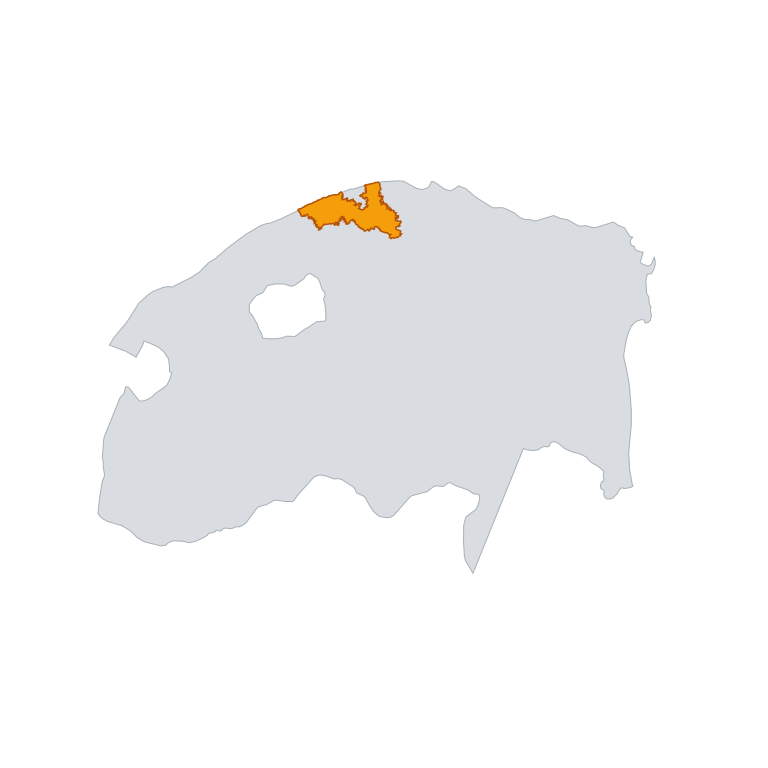 Amathole, Eastern Cape, South Africa shown in context, rotated 202°
{"feature_id": "47623444B36505680523289", "entity_name": "Amathole", "entity_type": "district", "adm_level": 2, "iso_a3": "ZAF", "parent_name": "South Africa", "parent_adm1": "Eastern Cape", "projection": "mercator", "projection_center": [27.79, -32.642], "detail": "fine", "context": "in_parent", "style": "filled", "palette": "amber", "viewbox_px": 768, "rotation_deg": 202, "n_neighbors": 0, "source": "geoboundaries", "source_scale": "gbopen_adm2", "svg_char_len": 9822}
<svg xmlns="http://www.w3.org/2000/svg" viewBox="0 0 768 768"><g transform="rotate(202 384 384)"><path d="M530.1,150.3L547.6,147.9L555.4,149.2L564.8,153.0L573.7,154.4L588.6,153.0L593.7,153.6L597.8,154.9L600.7,156.9L605.1,172.0L608.7,188.1L608.7,193.3L609.2,195.4L613.4,202.2L615.0,206.5L617.5,210.0L623.0,227.4L623.6,230.4L623.6,272.7L621.5,277.9L622.4,284.6L619.9,285.4L604.9,276.9L602.3,277.2L598.1,280.4L594.2,285.4L592.4,289.7L584.9,301.2L584.4,308.5L585.0,314.8L587.5,315.1L589.3,319.6L593.4,326.8L600.3,331.5L606.7,333.6L615.6,334.1L622.7,333.9L622.3,329.1L623.9,316.0L635.6,317.6L653.1,317.2L651.9,325.6L645.6,345.1L641.6,367.0L636.3,378.1L633.4,382.7L625.0,390.8L620.5,393.6L616.8,394.5L602.3,411.0L596.9,419.0L592.1,430.7L587.3,437.2L580.3,450.9L568.0,471.3L557.6,484.8L553.0,488.7L549.9,490.5L541.7,498.3L530.0,511.0L521.1,522.2L507.8,535.0L500.1,540.7L488.6,551.8L485.3,553.4L472.3,563.8L462.9,570.1L447.7,577.4L441.7,579.4L427.3,577.5L421.3,578.6L416.3,583.0L415.8,589.4L413.7,590.3L400.5,587.4L395.0,587.9L391.8,591.3L389.2,595.6L381.7,595.8L368.2,591.4L352.3,588.6L348.6,588.3L340.9,591.6L338.2,592.1L327.0,591.4L320.8,589.3L314.8,589.3L310.3,591.1L304.7,591.7L289.8,603.7L282.1,603.7L275.4,605.1L263.6,603.5L260.1,604.2L256.6,606.3L248.6,607.3L245.5,609.1L231.9,620.1L226.3,618.9L219.3,618.8L211.3,612.9L208.3,613.3L209.1,611.5L209.3,608.4L206.5,605.2L203.4,605.4L201.7,602.8L196.9,602.5L193.0,603.3L192.2,593.2L190.4,592.2L185.6,592.0L183.2,592.3L182.1,593.2L180.9,595.6L180.9,602.7L179.2,600.6L177.3,596.4L176.7,591.9L177.4,586.5L181.0,584.5L179.9,577.8L174.3,566.2L170.9,563.7L168.2,557.8L165.5,555.6L164.4,551.5L161.8,548.2L160.9,542.9L162.3,539.9L164.6,538.3L166.9,540.9L169.8,539.9L174.0,536.1L176.4,530.4L176.6,521.3L175.9,515.6L172.7,500.9L171.1,497.6L163.7,487.1L155.2,473.2L144.4,451.3L139.2,438.2L131.4,412.0L124.5,397.2L116.0,383.5L114.9,382.6L116.2,380.9L120.8,377.7L122.9,376.9L123.9,377.3L125.0,376.4L126.1,374.3L126.8,369.4L128.9,364.3L130.8,362.2L134.9,360.8L137.9,362.6L139.2,364.5L139.7,367.0L141.1,368.2L143.2,368.1L144.8,369.6L145.6,372.7L145.5,375.0L144.2,376.4L144.4,378.2L146.0,380.5L147.7,385.6L155.9,388.2L160.6,388.5L165.0,389.8L169.1,392.0L175.9,392.6L185.4,391.4L193.2,392.0L199.3,394.2L203.8,394.6L206.5,393.2L207.7,391.2L207.4,388.5L208.7,386.9L211.8,386.2L214.3,384.2L216.2,381.0L220.5,378.3L227.2,376.3L230.6,376.4L230.6,241.8L242.5,250.9L245.3,255.2L251.2,267.6L257.2,283.0L258.2,290.5L257.9,292.1L251.7,302.3L251.5,307.3L252.2,313.2L253.7,316.2L255.4,317.1L259.7,315.7L266.3,317.2L278.9,316.6L285.1,317.3L286.7,316.9L288.1,315.6L289.8,312.1L291.2,310.9L297.1,309.3L299.7,307.3L303.8,300.3L316.3,290.9L317.7,288.7L325.5,266.4L327.8,263.2L331.3,261.1L338.1,259.5L342.2,260.4L346.5,262.3L351.4,265.5L358.7,271.6L361.2,272.5L368.5,272.8L373.0,276.8L386.7,279.5L390.6,279.3L394.9,277.2L401.9,277.2L409.4,275.7L414.0,271.8L422.8,247.5L423.8,242.2L424.8,240.7L431.9,238.0L440.6,235.9L442.4,234.8L447.9,228.1L455.0,222.5L460.0,203.3L463.2,198.8L465.2,196.9L466.5,196.8L468.3,195.6L470.6,193.3L473.4,191.8L476.7,191.3L478.8,189.7L479.8,187.2L481.5,185.9L483.8,186.0L485.2,185.2L485.5,183.5L490.9,179.4L491.0,177.7L494.0,173.7L500.0,167.3L505.6,163.7L510.9,163.0L520.6,159.7L524.1,156.7L526.3,152.6L530.1,150.3ZM513.9,439.3L522.6,435.9L529.1,431.4L530.5,423.2L535.5,418.1L537.3,413.4L538.6,407.0L535.7,400.2L531.7,398.2L524.3,392.4L521.1,388.5L516.7,385.2L513.6,381.2L508.6,382.5L500.7,385.7L495.9,388.6L491.8,392.1L484.5,394.6L477.6,405.7L475.4,408.2L470.0,416.3L462.2,420.3L462.1,421.8L464.6,428.4L468.2,435.0L472.0,440.5L471.8,443.8L473.1,446.4L476.5,448.2L482.2,455.0L485.0,457.2L493.7,458.8L495.0,458.4L497.3,454.4L497.7,451.5L503.4,442.7L506.0,440.0L513.9,439.3Z" fill="#d9dde1" stroke="#a8b0b8" stroke-width="1"/><path d="M504.6,504.2L503.8,504.2L503.8,504.6L503.3,505.0L502.6,503.4L502.3,503.8L502.3,503.2L501.8,503.2L502.0,502.6L501.3,503.0L500.8,504.6L501.0,505.5L500.5,505.4L500.8,505.8L499.5,509.6L498.7,508.8L499.0,509.6L495.3,511.5L494.6,512.4L493.1,512.4L491.5,514.0L489.3,512.8L489.1,513.0L489.4,513.1L489.2,513.6L488.7,513.8L489.7,515.6L489.4,515.8L488.3,515.9L487.5,515.4L487.9,515.2L487.7,514.5L486.9,513.9L486.0,514.0L486.3,514.8L485.7,514.9L486.1,515.5L485.9,516.0L487.1,516.5L487.4,516.3L487.5,516.7L487.2,517.2L486.6,517.2L487.0,517.9L486.2,519.2L486.5,519.6L485.2,519.1L485.2,519.5L486.1,520.4L485.4,521.1L486.1,521.4L485.4,521.7L485.4,522.8L486.0,522.9L485.2,523.7L484.8,522.8L484.5,523.5L483.6,523.6L483.3,522.1L483.8,521.7L483.4,521.1L482.8,522.6L482.4,522.4L482.7,521.1L481.5,521.8L481.4,520.0L481.0,520.5L480.0,520.5L480.0,519.1L479.1,518.2L478.8,518.9L478.1,518.5L477.4,518.7L477.6,519.9L477.0,519.8L476.3,520.6L476.5,522.7L475.5,523.8L474.8,523.8L475.2,524.3L474.8,524.7L473.9,523.9L473.8,524.6L472.4,524.4L472.5,524.0L471.8,522.9L471.4,523.2L471.3,522.9L471.0,523.0L470.8,522.5L469.4,521.3L468.4,521.8L467.1,521.1L466.9,520.5L466.4,520.6L466.3,519.9L464.3,520.1L464.4,519.7L463.4,519.4L462.1,520.0L462.0,519.3L460.7,519.5L459.2,518.3L457.9,520.1L457.1,520.6L456.9,521.4L456.1,521.3L455.5,520.4L455.2,520.4L455.5,521.2L454.9,521.3L454.8,522.0L454.2,522.3L454.2,522.8L454.8,523.4L454.2,523.8L452.0,523.9L451.7,523.5L450.9,524.0L451.7,526.0L450.7,527.0L449.6,526.9L449.3,527.4L446.6,525.8L446.2,526.4L445.3,525.8L445.1,524.8L444.5,524.6L442.6,524.8L441.6,524.5L440.9,524.9L439.8,524.7L437.8,525.4L435.3,524.5L433.7,525.1L434.3,523.7L433.9,521.9L432.3,521.4L431.9,521.5L431.6,522.4L430.3,523.1L429.3,522.9L427.5,524.6L426.0,524.9L425.7,526.6L424.3,527.6L424.6,528.6L424.0,529.7L425.5,529.3L425.7,531.7L426.3,532.2L428.5,532.0L428.6,531.8L430.3,532.0L431.6,533.3L431.8,533.9L430.1,535.6L429.2,535.4L429.2,536.2L428.5,536.8L429.7,537.4L428.7,540.5L429.8,541.4L430.8,540.5L433.5,540.4L434.4,539.9L434.5,540.7L435.5,541.6L435.7,542.5L433.8,542.3L433.1,543.6L433.2,544.0L433.5,543.6L433.6,544.6L434.2,543.8L434.5,544.3L435.0,544.1L434.8,544.9L435.4,544.6L436.2,545.4L436.2,545.0L436.6,545.0L437.0,545.7L436.6,547.2L439.4,547.1L439.5,548.2L440.3,548.6L442.1,547.5L442.5,548.3L443.0,547.8L443.1,548.6L443.5,549.0L443.9,548.8L443.9,547.7L444.4,547.4L444.8,548.2L444.7,549.4L445.4,548.8L446.4,549.2L446.9,548.0L447.1,549.3L446.8,550.3L448.1,549.6L448.2,550.6L448.6,550.9L448.5,551.6L449.0,551.6L449.5,550.8L450.2,551.9L451.0,551.2L451.8,551.8L452.2,550.8L453.1,551.0L453.3,549.5L453.8,549.3L453.7,551.5L452.9,552.7L453.1,553.1L454.3,551.1L454.7,551.2L454.8,552.3L455.1,552.8L455.6,552.6L455.7,551.6L456.0,551.5L456.4,552.6L455.6,554.6L455.3,554.8L455.0,554.4L454.5,554.7L455.1,555.7L455.1,556.5L456.0,556.8L455.1,557.3L455.2,557.6L456.2,557.6L456.5,556.3L457.0,556.4L457.0,557.3L457.4,557.6L458.0,557.3L457.8,557.1L457.9,556.1L459.1,556.4L458.8,556.6L459.0,557.2L459.7,558.3L459.0,558.9L459.9,558.8L460.7,559.5L460.5,560.0L459.8,559.6L459.4,560.0L460.0,560.3L460.5,561.2L460.5,562.2L459.8,563.1L459.9,563.6L461.8,565.8L462.9,568.1L465.0,569.1L465.5,568.4L467.4,567.7L468.3,566.6L476.1,561.3L476.5,560.7L476.1,560.3L475.8,560.8L475.4,560.7L474.6,559.1L473.9,558.8L474.5,557.5L472.7,556.9L472.8,556.1L473.2,555.8L472.5,555.6L472.1,554.9L472.6,554.6L472.7,554.0L474.9,553.2L474.7,552.0L476.2,550.9L476.1,550.7L476.9,549.5L474.8,549.3L474.1,549.9L473.5,548.8L471.6,548.2L470.8,548.5L471.0,549.8L470.5,549.9L470.6,550.4L469.9,550.6L469.4,549.5L468.2,549.2L468.3,548.7L467.9,548.4L468.2,548.3L468.9,547.0L469.6,546.9L468.1,546.6L468.0,545.6L467.6,545.6L468.0,543.9L467.5,544.0L467.1,543.6L466.2,543.5L465.9,543.5L465.5,543.4L466.2,542.5L465.9,542.3L465.9,542.2L466.2,542.4L466.6,541.8L467.4,541.6L467.3,540.5L468.3,540.1L467.9,538.7L468.9,537.6L469.8,537.4L470.0,537.0L473.1,537.2L472.5,538.0L472.9,539.0L473.6,539.4L473.2,539.5L472.5,542.0L472.6,542.7L473.0,542.9L473.3,542.6L473.0,541.9L474.2,541.7L475.1,542.4L475.3,541.2L476.4,540.3L477.2,538.6L478.5,539.0L477.4,539.8L477.9,541.6L478.6,541.9L479.1,541.7L479.6,542.4L480.3,542.3L480.1,542.6L480.4,542.7L480.6,542.5L481.0,542.8L480.9,542.3L481.6,542.3L481.9,543.5L482.2,543.0L482.4,543.2L483.8,542.2L484.0,541.9L483.5,541.0L485.4,541.0L486.2,540.3L486.0,539.9L486.4,539.8L486.7,540.5L487.1,540.4L486.9,541.1L487.6,541.2L487.3,541.8L487.5,542.5L488.1,542.0L488.0,541.6L488.4,542.0L488.7,541.3L489.3,541.3L489.8,540.2L491.5,539.5L491.4,540.0L491.8,540.1L492.1,541.4L492.7,541.6L492.7,540.8L493.1,541.5L492.4,542.3L493.3,542.5L493.5,542.9L493.4,543.4L492.8,544.0L493.9,545.1L495.3,545.5L495.3,545.9L495.6,546.1L496.4,545.3L497.1,543.9L496.9,543.1L497.7,542.2L501.9,540.3L504.4,538.3L505.3,538.2L505.4,537.6L507.3,535.3L509.8,534.3L510.4,533.4L511.2,533.0L511.3,532.2L512.2,531.1L512.8,530.8L513.0,530.2L514.4,529.6L514.7,528.6L516.9,526.4L517.5,526.2L517.7,525.3L518.8,524.1L519.8,523.6L520.3,522.7L522.1,521.7L522.5,520.3L523.2,520.2L523.4,519.6L524.0,519.3L524.2,518.5L525.7,517.1L526.5,515.5L528.1,514.6L528.4,513.9L528.8,513.9L528.9,512.9L528.1,512.7L528.0,512.2L527.1,512.4L526.7,511.4L526.3,511.4L525.2,510.3L524.8,510.4L524.4,509.5L523.4,508.7L522.2,509.1L522.0,509.5L521.5,509.3L520.9,510.0L521.0,510.3L520.4,510.3L520.2,510.7L520.6,510.9L520.3,510.7L520.2,511.3L520.1,510.9L520.0,511.1L519.5,510.8L519.5,511.4L518.9,511.3L519.4,511.6L518.7,512.6L517.7,512.2L517.1,511.2L515.8,510.7L516.2,510.3L515.8,510.3L516.0,509.3L515.4,509.2L514.8,509.5L514.8,510.0L515.3,510.1L514.6,510.6L515.3,510.8L514.2,511.8L512.8,511.3L512.9,511.0L513.7,510.8L512.9,510.8L513.2,510.3L512.3,509.6L512.1,509.8L512.5,510.4L512.4,510.9L511.4,510.1L511.0,510.6L510.3,510.6L510.3,510.1L511.0,510.3L510.4,509.2L510.2,509.2L510.5,509.6L510.3,509.8L508.3,509.6L508.8,509.0L509.8,509.1L510.0,508.3L508.6,508.3L508.7,507.4L508.2,508.0L507.7,507.7L507.6,506.9L507.1,506.5L507.1,505.8L506.4,506.2L506.8,505.5L506.2,505.1L505.6,505.4L505.7,504.6L505.2,504.5L505.1,505.0L504.6,504.2Z" fill="#f59e0b" stroke="#b45309" stroke-width="1.5"/></g></svg>